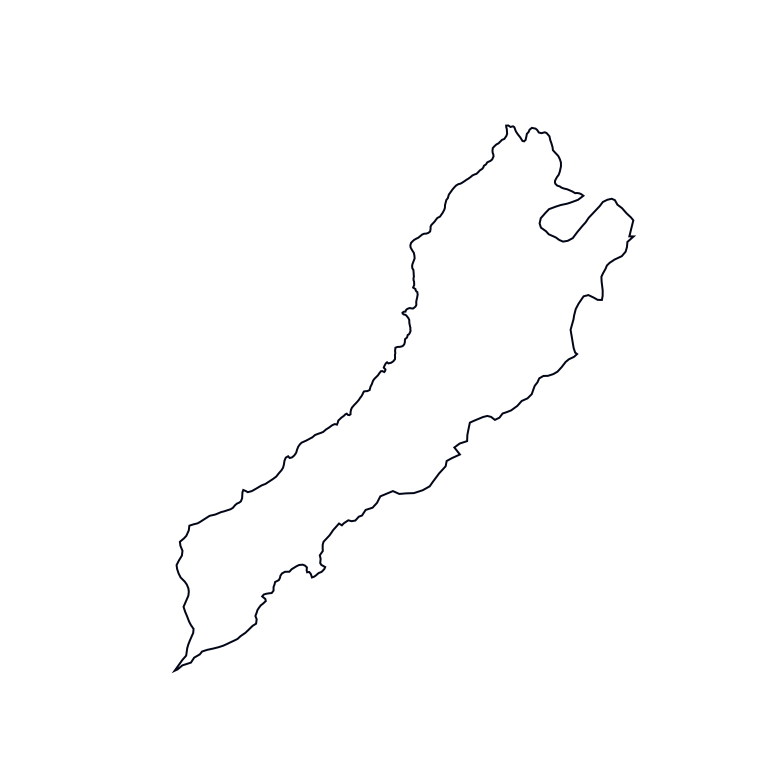 Rizokarpaso, Cyprus (Albers equal-area conic projection), rotated 162°
{"feature_id": "46923920B57718110047043", "entity_name": "Rizokarpaso", "entity_type": "district", "adm_level": 2, "iso_a3": "CYP", "parent_name": "Cyprus", "parent_adm1": "", "projection": "albers", "projection_center": [34.434, 35.609], "detail": "fine", "context": "isolated", "style": "outline", "palette": "ink", "viewbox_px": 768, "rotation_deg": 162, "n_neighbors": 0, "source": "geoboundaries", "source_scale": "gbopen_adm2", "svg_char_len": 6164}
<svg xmlns="http://www.w3.org/2000/svg" viewBox="0 0 768 768"><g transform="rotate(162 384 384)"><path d="M136.2,501.4L137.7,503.5L139.2,504.9L141.4,506.0L143.2,506.4L145.4,508.9L149.5,512.5L152.9,514.6L154.7,516.1L155.6,517.4L158.0,519.2L159.2,521.6L159.1,523.1L158.4,524.6L155.6,527.3L153.2,529.0L151.2,531.6L148.4,536.4L147.3,540.0L147.3,543.5L147.8,547.0L151.1,554.1L150.5,557.3L150.4,561.7L150.5,564.6L150.1,568.4L151.8,572.4L153.3,573.7L156.8,573.9L159.1,575.4L159.8,578.2L160.9,580.0L164.2,581.9L166.9,580.9L168.7,578.9L170.8,577.8L172.0,575.6L173.9,572.4L175.8,571.5L177.2,572.4L178.2,576.4L179.7,580.5L180.5,583.4L180.6,584.9L180.7,588.0L181.7,589.2L184.3,589.4L185.8,591.4L188.0,592.0L188.4,590.2L188.4,588.7L189.6,583.9L190.9,582.2L193.8,579.9L196.4,579.7L200.7,577.5L203.1,577.1L205.5,576.0L207.6,574.8L208.8,572.2L209.2,570.3L209.1,568.5L209.5,566.6L211.8,564.1L213.9,563.3L217.3,562.9L219.2,561.3L221.5,560.7L222.6,559.3L224.0,558.3L226.9,557.5L228.8,556.4L231.1,555.3L233.2,555.3L235.5,555.0L237.6,554.1L240.3,553.2L242.3,552.8L244.8,552.0L247.8,551.2L249.6,550.9L251.4,551.1L254.1,550.5L256.2,549.4L258.5,548.0L263.8,544.1L265.9,541.0L267.8,539.8L270.7,535.3L271.6,532.8L272.9,531.0L275.3,528.7L279.0,525.9L282.0,525.4L284.1,524.0L285.7,522.8L289.8,520.6L291.2,519.1L291.6,517.5L293.0,514.8L295.2,514.0L297.6,514.0L299.3,514.5L301.3,514.4L306.3,512.5L308.0,512.3L310.6,511.8L312.3,511.1L314.6,509.9L316.1,507.7L316.5,505.7L316.1,503.4L315.6,501.3L315.1,499.6L315.4,496.7L316.1,493.9L319.9,489.2L320.8,487.6L321.3,485.1L320.8,483.6L321.3,481.1L321.9,479.1L322.3,477.0L323.1,475.8L323.8,473.7L323.8,471.9L324.7,468.8L326.5,466.7L324.8,464.6L324.9,463.0L324.6,462.1L323.9,461.1L324.4,458.5L326.1,455.4L327.0,454.0L328.0,452.1L328.8,449.2L330.0,448.0L331.6,447.3L333.1,446.8L335.1,447.7L335.9,448.3L337.7,448.3L339.3,448.0L340.5,447.3L341.2,446.2L342.9,446.6L344.4,446.1L344.5,445.2L343.7,444.0L342.8,443.5L342.1,443.0L341.5,442.0L340.5,439.3L340.2,437.5L340.4,436.3L340.8,435.1L341.1,433.9L341.2,432.8L341.5,430.3L341.5,429.3L342.2,427.5L342.3,426.3L343.5,424.8L345.0,423.5L346.3,423.3L347.5,421.4L348.3,420.8L349.9,420.3L350.7,419.0L351.0,417.9L351.4,417.1L352.4,415.6L353.4,414.9L354.6,414.3L355.8,414.3L357.3,414.4L359.7,415.1L361.9,415.0L363.2,412.2L363.7,409.9L364.7,408.1L365.1,406.3L365.9,404.2L368.2,402.7L370.7,402.0L373.4,402.2L374.4,403.7L376.0,403.0L377.8,401.3L379.2,399.6L378.1,397.4L378.9,396.1L380.1,395.3L381.6,396.8L383.0,397.1L385.2,395.6L387.1,394.1L389.1,393.1L391.5,391.9L393.4,390.5L394.5,389.1L395.6,387.6L397.5,385.8L398.8,383.9L399.5,382.7L402.1,382.4L403.9,382.9L405.4,383.1L406.6,382.0L407.9,380.5L409.4,379.2L411.1,378.1L412.9,376.6L414.7,375.5L416.6,374.4L418.9,373.2L421.7,371.5L423.2,369.9L424.5,367.6L425.2,365.5L426.6,365.1L427.9,365.8L428.6,367.3L430.1,367.1L432.3,366.0L434.9,365.2L436.7,364.3L438.7,363.4L439.7,361.8L441.3,359.9L443.2,361.1L446.0,360.8L449.9,359.5L453.1,358.7L456.7,357.2L459.5,357.0L461.8,357.0L465.4,356.8L468.4,355.5L475.5,354.2L480.4,353.7L482.5,352.7L484.9,350.9L487.0,348.4L488.7,345.8L491.5,343.7L494.3,342.6L496.6,342.8L497.5,344.9L500.2,344.3L502.4,341.7L504.1,338.3L505.8,335.7L507.9,333.8L511.6,331.6L515.0,329.3L518.8,328.0L527.6,325.6L531.6,325.4L540.2,323.5L542.9,323.0L547.0,323.2L548.5,324.9L550.6,326.7L552.1,324.7L554.3,319.1L556.4,316.6L558.5,315.9L560.9,315.7L563.4,314.6L566.0,312.9L568.6,312.3L575.6,312.3L578.4,312.5L584.6,312.0L590.6,312.5L597.2,310.8L600.9,309.8L604.2,309.1L608.9,309.4L612.9,309.4L614.9,305.1L618.9,300.7L621.9,299.0L626.9,297.0L627.6,293.0L627.2,287.6L629.2,283.3L633.5,279.6L637.2,275.9L637.9,272.2L637.9,267.5L637.2,262.8L634.5,257.5L633.5,254.1L633.2,250.1L633.8,246.8L635.5,243.1L643.5,234.0L643.5,229.0L643.1,224.3L642.8,218.3L642.1,214.3L640.8,209.9L642.4,206.2L648.1,199.8L650.8,196.5L652.8,193.5L656.1,186.8L661.1,183.8L671.7,176.0L668.4,176.4L662.7,178.7L653.7,178.7L649.1,182.4L642.7,183.8L639.7,185.8L634.4,185.8L627.4,185.1L622.4,184.8L617.7,184.8L614.1,185.2L609.7,185.8L606.1,186.2L602.1,186.8L598.4,188.5L592.7,190.2L589.1,191.9L583.7,194.6L579.7,195.6L577.8,199.6L578.0,203.1L575.9,205.7L574.2,208.1L572.1,209.8L569.7,211.5L566.7,212.6L563.5,214.1L563.3,216.2L565.5,219.6L563.5,220.9L561.0,220.9L558.2,220.5L555.4,219.9L552.9,221.6L551.8,225.0L549.9,227.4L548.8,229.3L544.6,230.0L542.9,231.7L541.8,233.6L539.7,235.3L536.2,236.0L532.0,234.7L529.0,236.4L523.6,237.7L520.7,238.1L517.2,237.3L515.3,235.8L514.0,233.4L515.1,230.8L515.3,228.7L513.2,228.3L512.3,225.9L512.3,222.3L510.2,222.3L508.1,222.9L504.6,224.4L501.4,224.6L498.0,226.4L496.5,228.1L499.5,231.3L500.0,233.4L498.3,237.3L498.0,240.9L493.8,244.1L492.9,247.4L491.9,250.2L490.2,252.7L486.5,254.7L482.7,256.8L479.5,259.2L477.6,260.7L469.9,265.2L467.7,262.6L465.4,263.9L460.1,265.4L457.1,263.5L453.4,263.0L449.0,265.6L445.6,265.7L440.4,269.9L433.1,269.9L427.4,273.1L422.2,278.3L408.6,279.4L403.4,274.7L396.6,273.1L389.3,271.0L380.0,271.0L372.1,272.6L368.0,275.7L359.1,282.0L350.8,286.7L348.2,291.4L342.4,292.5L333.6,293.5L336.7,301.9L330.4,304.0L322.6,304.0L320.5,309.7L317.9,314.4L314.3,320.7L309.0,321.3L300.0,322.0L295.6,321.7L292.3,319.6L289.6,315.6L284.6,316.3L280.3,319.3L276.6,319.3L271.3,319.6L263.9,322.0L258.3,325.3L251.9,326.0L246.6,328.7L243.6,332.7L241.2,335.7L237.6,338.1L234.6,341.4L229.9,342.4L225.6,341.1L219.9,341.1L215.2,342.1L209.9,345.1L204.5,348.8L200.5,350.4L194.9,351.1L191.1,352.8L192.5,354.8L192.5,359.8L189.8,377.9L183.8,386.9L182.1,390.3L178.5,396.0L174.1,400.3L167.1,405.7L162.1,405.4L157.8,401.3L154.8,398.0L150.8,396.6L148.8,400.3L147.1,405.4L145.4,414.1L144.1,418.8L141.7,421.4L137.7,425.1L135.4,427.8L132.0,429.5L126.3,431.1L118.3,432.1L113.3,435.2L110.6,439.2L108.6,443.9L101.0,447.2L105.0,448.6L101.3,454.6L96.3,462.6L97.6,466.0L100.6,471.4L103.3,477.7L106.6,482.4L107.6,487.5L110.2,489.8L114.6,490.2L119.6,489.5L123.9,486.5L138.0,478.8L142.3,475.4L146.3,473.1L153.3,468.7L159.4,464.4L165.0,463.4L169.7,464.1L172.7,466.7L175.4,470.4L181.1,475.5L182.7,479.2L186.4,484.2L186.4,488.6L183.7,493.2L178.0,496.6L173.0,499.3L166.0,499.6L160.7,499.6L154.0,498.9L150.0,498.9L142.6,499.2L136.2,501.4Z" fill="none" stroke="#020617" stroke-width="2"/></g></svg>